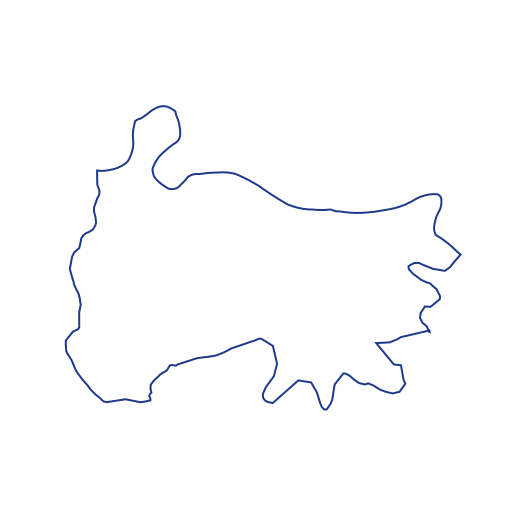 Fariskur, Dumyat, Egypt (Natural Earth projection), rotated 81°
{"feature_id": "37247803B71323814972136", "entity_name": "Fariskur", "entity_type": "district", "adm_level": 2, "iso_a3": "EGY", "parent_name": "Egypt", "parent_adm1": "Dumyat", "projection": "natural_earth1", "projection_center": [31.709, 31.31], "detail": "fine", "context": "isolated", "style": "outline", "palette": "blue", "viewbox_px": 512, "rotation_deg": 81, "n_neighbors": 0, "source": "geoboundaries", "source_scale": "gbopen_adm2", "svg_char_len": 6045}
<svg xmlns="http://www.w3.org/2000/svg" viewBox="0 0 512 512"><g transform="rotate(81 256 256)"><path d="M286.5,53.7L285.0,55.1L283.6,56.4L282.1,57.5L280.4,58.8L278.4,60.3L276.2,62.1L274.1,63.9L272.1,65.8L271.1,66.8L270.1,67.7L268.1,69.7L266.3,71.7L265.3,72.9L263.4,75.1L262.1,75.5L261.0,75.7L259.9,75.8L258.8,75.9L257.6,75.9L256.5,75.8L255.4,75.6L254.3,75.3L253.2,75.0L252.4,74.7L251.6,74.3L250.3,73.9L248.9,73.3L247.4,72.7L246.0,72.0L244.7,71.2L243.3,70.3L242.1,69.4L240.6,68.3L239.5,67.5L238.4,66.8L237.3,66.2L236.1,65.7L234.2,65.0L233.0,64.7L231.7,64.4L229.4,64.1L228.4,64.0L227.4,64.2L226.4,64.5L225.5,64.9L225.0,65.3L224.5,65.8L224.1,66.3L223.7,66.9L223.3,67.5L223.2,67.9L222.9,69.8L222.6,71.5L222.5,73.3L222.4,75.0L222.4,76.7L222.5,78.5L222.6,80.2L222.9,81.9L223.0,82.8L223.3,84.5L223.8,86.2L224.0,87.0L224.2,87.8L224.8,89.5L225.9,92.1L226.7,94.3L227.0,95.5L227.7,97.7L228.4,100.0L228.7,101.1L228.9,102.3L229.4,104.6L229.8,106.9L230.1,109.3L230.3,110.4L230.5,112.8L230.6,115.2L230.7,116.3L230.7,118.7L230.7,120.2L230.8,122.3L230.8,125.7L230.8,129.1L230.8,132.6L230.7,134.3L230.5,137.7L230.4,139.4L230.1,142.8L229.8,145.6L229.5,147.8L228.9,151.6L228.6,152.9L228.1,155.6L227.4,158.3L227.1,159.6L226.3,162.2L225.2,165.7L224.9,167.4L224.6,168.7L224.4,169.3L224.3,169.9L223.8,171.1L223.3,172.2L223.0,172.8L222.4,173.9L221.7,175.1L221.5,178.1L221.3,180.6L221.0,183.0L220.6,185.5L220.4,186.7L219.9,189.1L219.0,192.5L218.5,195.4L218.3,196.5L217.7,198.7L217.4,199.8L216.8,202.0L216.0,204.1L215.7,205.2L214.8,207.2L214.4,208.3L213.9,209.3L213.0,211.3L211.9,213.3L211.4,214.3L209.8,217.0L206.8,220.6L205.3,222.4L202.2,226.1L200.0,228.6L197.5,231.4L194.3,234.8L191.0,238.3L188.4,241.0L187.6,241.8L186.5,243.1L184.2,245.9L182.0,248.7L179.8,251.5L177.7,254.4L175.7,257.3L173.7,260.3L172.0,263.1L171.3,264.5L170.6,266.3L170.0,268.1L169.4,269.9L169.2,270.9L168.7,272.7L168.5,273.7L168.2,275.5L167.9,277.4L167.8,278.4L167.7,280.2L167.2,283.2L166.9,286.2L166.6,289.2L166.4,292.2L166.3,295.2L166.3,299.0L166.0,300.0L165.8,301.1L165.6,302.2L165.6,302.8L165.6,303.3L165.6,304.4L165.7,305.5L165.7,306.0L165.9,307.1L166.2,308.2L166.6,309.2L166.8,309.7L167.4,311.1L169.2,313.0L170.6,314.7L172.0,316.5L172.6,317.4L174.0,319.4L174.8,320.3L175.3,321.1L175.7,321.9L176.1,322.7L176.3,323.1L176.6,324.0L176.8,324.9L176.8,325.4L176.9,326.3L176.9,326.7L176.9,327.6L176.8,328.6L176.7,329.0L176.5,329.9L176.4,330.3L176.1,331.2L175.6,332.1L174.0,334.1L172.7,335.5L171.4,336.9L170.0,338.3L169.3,338.9L167.8,340.2L166.3,341.4L164.9,342.4L163.5,343.2L162.1,343.9L161.1,344.2L160.0,344.5L158.5,344.7L157.1,344.8L155.8,344.8L154.3,344.6L153.1,344.3L151.5,343.3L150.0,342.4L148.6,341.4L147.2,340.3L145.9,339.2L144.6,338.0L143.3,336.7L141.8,335.0L140.2,332.8L138.6,330.4L137.1,328.0L136.3,326.8L134.9,324.4L134.2,323.1L132.9,320.6L132.4,319.8L132.3,319.3L132.0,318.4L131.8,318.0L131.4,317.2L130.9,316.4L130.4,315.6L130.1,315.3L129.4,314.6L128.7,314.0L128.4,313.7L128.0,313.4L127.2,313.0L126.4,312.6L125.2,312.1L124.3,311.9L122.4,311.6L120.5,311.4L118.7,311.2L116.8,311.2L114.9,311.2L112.1,311.4L110.2,311.6L108.3,311.9L106.7,312.3L105.0,312.7L101.5,313.0L100.8,313.1L100.6,313.2L100.4,313.2L99.7,313.8L98.7,314.9L97.7,316.0L97.2,316.6L96.8,317.2L95.9,318.4L95.1,319.6L94.6,320.6L94.3,321.2L94.0,322.1L93.7,323.1L93.6,323.6L93.5,324.1L93.4,325.1L93.3,326.1L93.4,327.1L93.5,328.3L93.6,329.0L93.9,330.4L94.3,331.9L94.8,333.2L95.0,333.9L95.6,335.3L96.2,336.6L96.9,337.9L97.9,339.7L99.0,341.6L100.0,343.6L101.0,345.6L101.8,347.6L102.3,348.8L102.3,349.6L102.4,350.4L102.6,351.2L102.8,352.0L103.0,352.4L103.3,353.2L103.7,353.9L104.0,354.4L104.5,354.5L106.6,355.4L109.4,356.5L112.2,357.5L114.1,357.9L116.9,358.6L118.8,358.9L121.7,359.2L123.8,359.3L125.4,359.5L127.9,360.1L130.3,360.8L131.9,361.4L133.4,362.1L135.0,362.8L136.5,363.6L137.9,364.5L139.3,365.4L140.7,366.4L142.3,367.7L143.0,368.6L143.8,370.0L144.2,370.7L144.9,372.1L145.5,373.5L145.8,374.3L146.3,375.8L146.8,377.3L147.0,378.1L147.4,379.6L147.6,381.2L147.8,382.0L147.9,382.8L148.0,384.4L148.1,386.8L148.2,388.6L148.2,390.1L148.1,391.7L148.0,393.3L147.8,394.9L147.7,395.6L147.3,397.2L147.2,397.9L146.7,399.5L148.1,399.8L155.0,400.8L160.5,401.6L167.2,400.4L170.8,401.2L174.4,403.8L182.8,408.4L186.4,409.1L191.9,408.5L197.9,408.7L200.9,410.0L204.5,413.2L206.3,417.7L206.8,420.2L208.6,423.4L211.6,426.0L215.8,427.4L220.6,429.4L222.4,432.6L224.2,435.1L227.8,437.7L233.8,439.8L239.2,441.8L241.0,441.8L250.1,440.7L253.2,440.2L255.6,440.2L259.9,439.0L265.3,437.2L270.2,436.7L276.9,436.8L284.1,439.5L298.6,441.7L300.4,443.0L302.1,448.7L309.8,457.1L314.7,457.9L316.5,457.9L319.9,458.3L322.1,457.8L330.2,454.4L339.6,452.1L343.6,450.6L351.2,446.6L357.2,442.7L361.6,440.5L367.7,436.2L371.9,432.3L374.8,430.2L375.7,429.4L377.0,426.3L377.1,407.3L382.4,392.9L382.4,387.8L382.0,382.9L380.2,382.6L377.7,383.3L375.9,382.6L374.7,380.7L371.0,381.0L366.8,380.2L363.3,376.6L357.7,368.5L355.0,361.9L350.7,358.3L350.5,355.9L351.8,352.4L350.9,350.5L347.8,330.8L347.7,329.2L348.1,315.6L348.1,312.4L347.8,309.8L346.2,302.8L343.4,294.7L340.6,278.2L340.1,275.8L339.5,271.6L338.1,265.6L338.8,263.4L347.4,253.4L365.1,252.1L365.9,252.1L377.6,257.2L387.1,266.8L388.6,267.7L392.8,270.5L393.4,270.8L397.3,271.2L399.9,269.7L401.5,268.2L403.9,262.6L385.5,233.6L389.5,221.3L396.9,218.5L399.2,217.5L401.6,217.0L410.9,215.7L415.6,214.6L418.2,212.6L418.7,210.3L413.9,205.7L409.7,203.1L401.2,200.4L395.2,198.4L385.7,188.1L386.3,185.5L389.4,181.8L392.5,179.3L397.4,174.4L399.9,168.8L399.4,164.9L402.5,160.0L407.4,154.4L410.6,148.7L413.1,142.5L412.6,135.5L405.4,128.4L401.8,129.6L386.6,129.9L384.7,136.8L360.8,150.9L362.2,137.6L360.5,130.0L358.8,125.5L356.8,98.3L358.2,96.4L356.8,96.4L355.0,97.6L352.6,98.2L350.1,100.0L348.3,101.9L342.8,103.7L338.0,102.3L333.2,97.8L332.3,97.1L333.5,91.5L327.4,81.2L324.4,80.5L317.0,82.9L313.4,86.0L310.3,88.4L308.4,92.2L305.3,96.6L298.5,103.4L293.0,107.1L290.0,107.0L288.8,104.4L287.7,100.6L288.3,96.2L290.8,92.5L296.4,83.1L300.2,71.8L297.3,66.0L293.7,62.2L287.3,54.6L286.5,53.7Z" fill="none" stroke="#1e3a8a" stroke-width="2"/></g></svg>